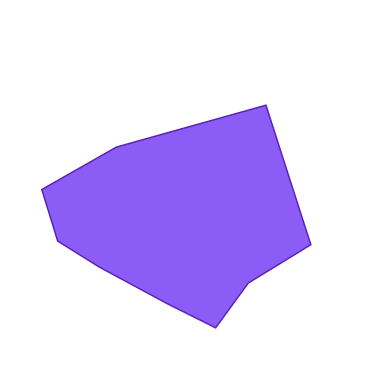 SVG path tracing the border of Cospicua, rotated 32°
{"feature_id": "MLT-5955", "entity_name": "Cospicua", "entity_type": "state/province", "adm_level": 1, "iso_a3": "MLT", "parent_name": "Malta", "parent_adm1": "", "projection": "albers", "projection_center": [14.521, 35.88], "detail": "fine", "context": "isolated", "style": "filled", "palette": "violet", "viewbox_px": 384, "rotation_deg": 32, "n_neighbors": 0, "source": "natural_earth", "source_scale": "10m", "svg_char_len": 288}
<svg xmlns="http://www.w3.org/2000/svg" viewBox="0 0 384 384"><g transform="rotate(32 192 192)"><path d="M320.7,173.7L288.0,239.3L284.0,294.7L230.8,299.8L153.2,304.8L104.1,304.8L63.3,269.5L104.1,193.9L208.7,79.2L320.7,173.7Z" fill="#8b5cf6" stroke="#5b21b6" stroke-width="1.5"/></g></svg>